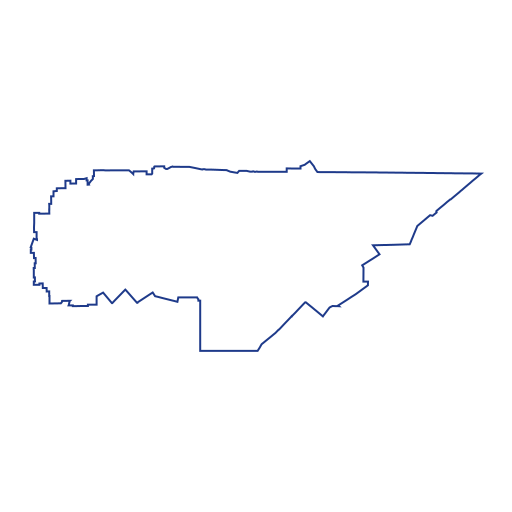 Lake Grace, Western Australia, Australia
{"feature_id": "25037944B30102722037957", "entity_name": "Lake Grace", "entity_type": "district", "adm_level": 2, "iso_a3": "AUS", "parent_name": "Australia", "parent_adm1": "Western Australia", "projection": "albers", "projection_center": [119.193, -33.129], "detail": "fine", "context": "isolated", "style": "outline", "palette": "blue", "viewbox_px": 512, "rotation_deg": 0, "n_neighbors": 0, "source": "geoboundaries", "source_scale": "gbopen_adm2", "svg_char_len": 5503}
<svg xmlns="http://www.w3.org/2000/svg" viewBox="0 0 512 512"><path d="M49.5,299.8L49.5,303.5L55.7,303.4L56.7,303.4L60.9,303.3L61.2,302.8L61.7,302.4L62.0,301.7L62.1,300.9L70.0,300.8L69.3,301.5L69.4,302.6L69.1,303.3L69.0,304.3L68.6,305.4L72.8,305.4L72.8,306.1L77.0,306.1L81.5,306.0L87.9,306.0L87.9,304.7L92.1,304.7L96.6,304.7L96.6,296.3L97.4,295.8L103.1,292.6L107.8,298.2L111.9,303.1L112.3,303.1L114.8,300.4L118.2,296.9L125.3,289.6L126.0,290.3L137.0,302.8L137.5,302.8L137.7,302.3L149.3,294.7L152.7,292.5L154.0,294.5L155.1,296.2L158.1,296.9L162.7,298.1L172.7,300.6L173.6,300.8L177.4,301.8L178.3,297.4L178.7,297.4L182.8,297.4L184.9,297.4L197.1,297.4L197.2,297.6L197.9,298.8L198.3,299.1L198.4,299.3L198.4,300.7L200.2,300.7L200.2,304.2L200.2,305.3L200.2,306.7L200.2,320.2L200.2,327.4L200.2,340.1L200.2,342.9L200.2,347.2L200.2,350.9L222.8,350.9L257.6,350.9L259.7,347.6L261.5,344.4L262.2,343.7L262.9,343.2L264.1,342.2L265.7,340.9L268.9,338.3L271.5,336.2L273.4,334.6L275.4,333.0L278.3,330.0L278.6,329.7L278.8,329.6L279.0,329.6L281.0,327.5L283.7,324.6L285.7,322.5L290.4,317.6L291.7,316.1L291.9,316.3L292.2,315.9L293.3,314.7L295.1,312.9L298.1,309.7L300.2,307.5L303.7,303.8L305.2,302.3L305.8,302.3L309.2,305.1L312.2,307.5L314.7,309.6L315.7,310.4L319.2,313.3L322.2,315.8L322.9,316.4L323.1,316.1L323.2,315.9L325.5,312.9L328.2,309.3L329.5,307.6L329.7,307.4L330.4,307.1L331.0,306.7L331.7,306.4L332.5,306.0L332.8,306.0L334.7,306.1L337.4,306.1L338.9,306.2L338.1,305.5L343.3,302.2L347.5,299.5L351.6,296.8L354.8,294.8L356.3,293.8L357.1,293.2L359.3,291.6L363.1,288.8L367.1,285.9L367.9,285.3L367.9,285.0L368.0,281.6L363.4,281.6L363.5,268.9L363.5,267.6L362.2,265.3L367.3,262.1L369.8,260.5L372.4,258.9L374.1,257.8L379.2,254.5L379.5,254.3L373.0,245.3L384.2,245.0L386.3,245.0L389.4,244.9L393.5,244.8L396.5,244.7L399.6,244.6L402.6,244.5L405.7,244.4L409.7,244.3L410.9,241.6L411.6,239.7L412.8,237.0L413.9,234.2L415.4,230.6L416.2,228.7L417.3,226.0L419.9,223.8L421.8,222.2L423.1,221.1L425.0,219.5L426.9,217.9L428.2,216.8L430.1,215.2L432.6,215.8L434.5,214.2L436.6,212.5L436.3,211.6L436.4,211.0L438.3,209.4L440.3,207.7L443.5,205.1L444.8,204.0L447.3,201.8L448.6,200.8L450.1,199.5L450.4,199.5L450.7,199.4L460.0,191.6L460.6,191.0L461.9,190.0L464.4,187.8L468.3,184.5L470.2,182.9L472.7,180.7L475.3,178.6L477.9,176.4L478.1,176.2L479.6,174.9L481.3,173.6L475.9,173.5L471.8,173.4L467.6,173.4L464.5,173.4L460.4,173.3L457.3,173.3L454.2,173.3L451.1,173.2L447.9,173.2L444.8,173.2L442.8,173.1L439.6,173.1L436.5,173.1L433.4,173.0L430.3,173.0L427.2,173.0L424.1,172.9L421.0,172.9L416.8,172.9L413.7,172.8L409.6,172.8L407.5,172.8L403.3,172.7L398.2,172.7L393.0,172.6L388.8,172.6L385.7,172.5L382.6,172.5L378.5,172.5L376.4,172.4L374.3,172.4L370.2,172.4L368.1,172.4L360.9,172.3L355.7,172.3L350.5,172.3L345.3,172.2L341.2,172.2L337.1,172.2L332.9,172.1L329.8,172.1L326.7,172.1L324.6,172.1L322.6,172.1L319.5,172.1L317.4,172.0L315.4,169.3L314.5,167.6L313.9,166.3L309.8,161.1L306.0,163.8L304.7,164.8L300.5,166.2L300.5,168.5L296.4,168.5L291.1,168.5L286.7,168.4L286.7,171.8L281.9,171.8L272.5,171.8L271.5,171.8L271.4,171.8L268.6,171.8L265.9,171.8L265.7,171.8L263.6,171.8L260.7,171.8L257.8,171.8L256.9,171.5L255.7,171.8L254.4,171.8L253.7,171.4L252.9,171.4L252.5,171.5L252.2,171.7L250.2,171.7L249.4,171.5L248.5,171.3L246.8,170.9L245.9,170.9L242.9,170.9L239.1,170.9L237.4,172.9L234.9,172.5L232.1,172.0L230.3,171.7L226.9,170.3L226.7,170.1L225.7,170.1L221.8,170.0L216.9,169.8L214.0,169.7L212.0,169.7L211.8,169.6L211.0,169.6L207.5,169.6L205.9,169.6L205.7,169.5L204.6,169.2L203.0,169.2L202.4,169.5L202.0,169.4L201.6,169.4L195.5,168.1L194.5,167.9L189.5,166.9L186.5,166.9L182.9,166.9L180.3,166.9L179.6,166.8L177.8,166.8L173.1,166.8L172.8,166.6L172.6,166.5L171.7,166.8L170.9,167.0L169.5,167.8L168.2,168.5L167.1,169.0L165.9,168.9L164.2,167.8L164.2,166.3L162.1,166.3L159.3,166.4L157.5,166.4L155.6,166.4L154.7,166.4L154.3,166.6L154.2,166.9L154.2,167.9L154.1,168.2L154.0,168.4L153.7,168.5L152.2,168.6L152.2,173.6L151.6,174.3L147.7,174.3L146.6,174.3L146.6,171.3L144.6,171.3L142.9,171.3L139.1,171.4L133.7,171.4L133.2,173.9L133.2,174.0L132.5,173.3L129.7,170.9L128.9,170.3L125.3,170.3L124.3,170.3L122.2,170.3L120.1,170.3L115.7,170.3L112.2,170.3L111.0,170.3L109.6,170.4L109.2,170.4L108.6,170.4L107.9,170.4L105.4,170.4L104.5,170.3L103.7,170.2L101.2,170.2L97.7,170.3L93.9,170.3L94.0,176.1L92.8,176.2L92.9,178.9L92.1,179.8L91.7,180.2L91.5,180.3L91.4,180.4L90.9,181.0L89.1,183.4L88.9,183.6L88.8,183.8L88.8,184.1L88.8,184.4L88.9,184.6L87.6,184.7L87.6,180.4L86.6,180.4L86.6,178.9L86.6,178.2L84.2,178.9L84.0,179.0L78.8,179.0L76.1,179.1L76.1,183.5L75.2,183.5L70.4,183.6L70.4,180.7L65.4,180.8L65.5,188.2L65.4,188.2L62.4,188.2L56.8,188.3L56.8,190.9L56.8,191.0L53.5,191.3L53.5,196.3L51.1,196.3L51.2,200.9L51.2,203.9L49.2,203.9L49.3,205.6L49.3,209.6L49.2,209.6L49.3,213.6L49.2,213.6L46.5,213.6L42.5,213.7L39.2,213.7L39.2,212.9L34.2,212.9L34.2,216.0L34.2,222.8L34.0,227.4L34.1,232.1L36.6,232.1L36.6,235.5L36.6,238.2L37.0,238.9L37.0,239.9L33.8,238.7L32.4,242.6L30.7,247.3L31.4,247.6L31.4,249.6L30.8,249.6L30.8,252.3L30.8,252.5L30.8,252.9L33.9,252.9L33.9,253.0L34.0,258.1L35.6,258.0L35.7,263.2L35.4,263.2L35.4,263.3L34.7,263.3L34.8,268.0L33.7,268.0L33.7,269.4L33.7,269.5L33.8,269.9L33.8,273.5L33.8,277.5L34.5,277.5L34.5,277.4L34.9,277.4L34.9,280.6L35.0,281.4L34.9,281.4L33.8,281.5L33.8,284.8L37.1,284.8L39.4,284.8L39.4,284.1L39.4,283.5L42.7,283.4L42.8,288.0L45.0,288.0L46.6,288.0L46.7,291.4L46.7,291.5L49.2,291.4L49.2,296.0L49.5,296.0L49.5,299.8Z" fill="none" stroke="#1e3a8a" stroke-width="2"/></svg>